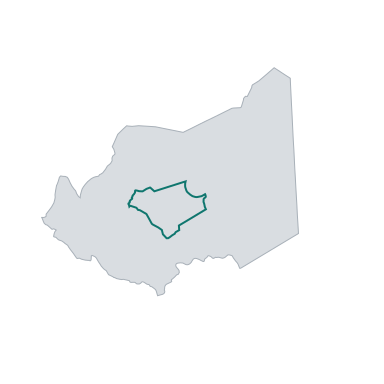 where Batha sits in Chad, rotated 59°
{"feature_id": "TCD-1472", "entity_name": "Batha", "entity_type": "Prefecture", "adm_level": 1, "iso_a3": "TCD", "parent_name": "Chad", "parent_adm1": "", "projection": "mercator", "projection_center": [18.213, 14.169], "detail": "fine", "context": "in_parent", "style": "outline", "palette": "teal", "viewbox_px": 384, "rotation_deg": 59, "n_neighbors": 0, "source": "natural_earth", "source_scale": "10m", "svg_char_len": 5495}
<svg xmlns="http://www.w3.org/2000/svg" viewBox="0 0 384 384"><g transform="rotate(59 192 192)"><path d="M282.4,122.1L282.4,130.2L282.4,138.3L282.4,146.4L282.4,154.4L282.4,162.4L282.4,170.5L282.4,178.4L282.4,186.4L282.4,189.1L282.2,190.1L282.1,190.3L281.8,190.4L277.7,189.7L275.9,189.7L273.4,190.2L269.7,190.5L267.4,190.4L265.7,191.8L264.4,193.5L265.0,197.4L264.9,198.7L264.4,200.1L263.3,201.2L262.2,202.2L261.5,203.0L260.7,204.8L260.0,205.6L260.1,206.7L259.9,207.9L259.2,208.5L257.5,208.9L256.4,209.5L255.5,210.3L254.9,210.9L255.2,211.8L255.7,212.9L255.9,214.6L256.1,215.7L256.9,216.5L257.5,217.1L257.6,217.8L257.1,218.4L255.1,219.7L254.2,220.2L253.3,220.8L252.9,221.1L251.4,222.3L250.6,223.3L250.2,224.2L250.2,225.5L251.0,227.3L251.9,228.9L252.2,230.0L252.4,231.3L252.3,232.5L251.9,233.6L251.1,234.6L248.2,236.4L246.8,238.3L245.7,240.7L245.4,242.0L245.7,242.9L246.3,243.6L247.2,244.0L248.4,244.1L250.5,243.7L252.4,243.5L254.4,244.3L255.5,246.3L255.1,247.8L255.9,250.5L256.5,253.7L256.5,254.7L256.8,255.1L258.1,255.4L258.4,256.1L257.9,261.7L258.5,263.3L259.4,264.4L260.4,265.0L261.3,265.8L261.8,266.3L263.0,266.4L264.2,267.4L264.6,268.8L264.5,270.1L263.7,272.9L263.2,274.9L262.4,274.7L260.9,274.3L259.1,273.8L256.9,273.5L254.7,274.3L252.4,275.3L251.7,276.1L251.1,276.5L250.1,276.4L249.1,276.6L248.6,277.3L247.8,278.1L244.5,279.7L243.8,280.3L243.3,280.9L243.3,281.5L243.7,282.9L243.7,284.5L242.9,285.9L242.1,286.8L241.1,287.1L240.3,287.3L239.7,287.9L238.0,290.9L237.3,291.5L235.7,291.4L231.4,295.9L230.9,297.3L229.3,299.2L227.3,301.3L225.5,302.3L225.4,302.7L224.9,303.1L223.8,303.5L219.9,306.1L215.3,306.0L213.2,307.0L211.3,307.5L208.4,308.0L207.5,307.9L203.8,308.1L199.4,308.0L197.7,308.4L196.1,309.4L195.0,310.2L194.8,310.5L195.0,310.9L194.9,311.2L198.0,313.3L198.7,314.3L198.0,315.3L197.6,315.4L197.6,315.5L197.1,316.3L195.3,318.7L192.5,321.5L191.1,322.3L190.6,322.8L189.9,324.6L189.4,324.9L187.5,325.1L183.8,325.3L178.7,325.9L175.6,326.1L173.7,326.0L171.0,327.2L170.0,327.6L169.4,327.7L166.8,328.9L164.6,330.8L163.8,331.2L160.7,332.0L159.4,333.4L158.8,333.5L156.8,331.7L155.5,330.1L154.8,328.5L154.7,328.0L154.4,328.1L153.3,328.8L152.3,329.6L151.9,331.2L148.7,332.2L145.9,333.1L144.6,334.2L142.7,334.8L140.2,334.5L138.3,334.1L136.4,333.9L137.3,332.5L137.7,331.5L137.8,330.2L137.6,329.4L136.5,328.9L135.8,328.3L134.2,324.2L132.5,320.1L130.2,316.0L127.7,313.4L125.8,311.8L125.2,311.6L124.3,311.1L123.6,310.7L120.2,307.9L116.7,304.8L115.8,303.4L114.1,301.3L112.1,299.1L111.1,298.1L110.6,296.3L112.0,294.7L113.4,292.6L115.2,291.3L117.5,291.2L121.3,291.7L125.4,291.9L129.4,291.5L130.5,291.2L131.5,291.2L133.7,291.7L137.5,291.6L139.4,290.8L137.3,289.4L135.1,287.1L132.9,284.7L131.7,282.5L130.5,279.6L129.4,276.1L128.7,271.5L128.8,268.9L129.2,267.0L130.3,264.0L129.5,262.2L129.7,260.8L129.6,258.6L129.2,257.6L127.8,254.0L127.5,253.6L126.2,251.2L125.6,247.1L124.1,244.4L121.7,243.1L120.4,241.5L119.9,238.7L119.0,238.0L115.2,237.0L112.1,237.0L109.9,233.8L107.0,229.7L104.3,225.9L102.5,218.3L101.6,213.9L102.7,212.6L104.9,209.5L107.7,203.6L114.1,194.3L117.4,189.6L123.9,182.5L131.8,173.8L136.3,168.9L137.1,159.9L137.8,150.4L138.4,143.1L139.2,134.6L139.8,127.4L140.2,122.1L140.8,114.7L141.4,113.2L144.5,107.4L144.7,106.6L144.2,105.6L139.7,100.6L138.3,99.5L137.5,96.9L138.6,95.4L133.2,87.0L131.9,86.0L131.3,84.9L131.3,83.4L131.2,77.6L129.7,68.4L127.8,57.6L134.2,54.5L139.0,52.2L145.1,49.2L150.8,52.3L159.0,56.7L167.2,61.1L175.5,65.5L183.7,69.9L191.9,74.3L200.1,78.7L208.4,83.0L216.6,87.4L224.8,91.8L233.0,96.1L241.3,100.5L249.5,104.8L257.7,109.1L265.9,113.5L274.2,117.8L282.4,122.1Z" fill="#d9dde1" stroke="#a8b0b8" stroke-width="1"/><path d="M164.8,235.8L165.9,234.2L166.0,233.9L166.0,233.6L165.9,229.5L165.9,229.3L166.5,226.1L166.5,225.8L166.6,225.6L166.8,225.5L172.0,223.9L179.6,192.0L181.2,193.5L183.3,194.8L184.4,195.3L188.0,196.1L189.4,196.1L189.9,196.0L193.3,194.9L195.0,194.1L195.8,193.7L197.7,192.0L198.6,190.9L199.1,189.9L200.4,186.2L200.5,186.0L200.6,183.8L200.6,182.0L200.6,181.9L200.8,181.9L201.0,181.9L201.2,182.2L201.3,182.3L201.5,182.3L201.8,182.2L202.0,182.2L202.8,182.4L202.9,182.5L203.0,182.6L203.2,182.8L203.3,182.9L203.4,183.0L203.5,183.4L203.7,185.0L203.8,185.2L203.9,185.4L204.1,185.7L206.4,187.2L206.7,187.3L208.0,187.5L210.1,188.2L210.8,188.5L211.7,188.7L214.0,189.0L214.0,217.9L214.0,220.5L217.9,222.5L218.1,222.6L218.0,226.5L218.1,226.9L218.3,227.3L218.9,228.3L218.9,231.2L219.3,234.4L219.3,236.3L219.2,236.5L218.6,237.4L218.5,237.6L218.4,237.6L213.8,238.6L213.7,238.7L213.9,238.9L209.0,237.4L205.0,239.2L199.8,242.3L198.8,242.7L198.5,242.8L198.3,242.8L187.8,242.4L187.5,242.4L187.2,242.5L181.0,245.9L180.5,246.3L179.7,247.3L179.5,247.5L179.3,247.5L177.3,247.7L177.0,247.8L176.7,247.9L172.2,251.8L171.9,252.3L172.2,253.2L171.9,253.1L171.7,252.9L171.1,252.8L170.9,252.8L170.8,252.7L170.7,252.6L170.4,252.6L170.2,252.7L169.8,252.7L169.6,252.6L169.4,252.6L169.1,252.3L169.1,252.2L169.1,251.6L169.1,251.4L168.9,251.1L168.7,251.0L168.7,250.9L168.6,250.6L168.5,250.4L168.4,250.4L168.0,250.2L167.9,250.2L167.5,249.7L167.4,249.5L167.0,247.3L167.0,247.0L167.0,246.9L166.8,246.7L166.7,246.6L166.3,246.6L166.2,246.6L165.9,246.5L165.9,246.4L165.7,246.2L165.4,245.8L165.3,245.4L165.2,245.3L165.1,245.2L164.9,245.1L164.7,245.0L164.6,244.9L164.5,244.7L164.3,244.1L164.0,242.9L163.9,242.8L163.2,241.3L163.1,241.2L162.6,240.8L162.2,240.5L161.6,240.1L161.5,239.9L161.5,239.7L162.0,238.9L163.5,237.4L163.8,237.2L164.1,236.9L164.8,235.8Z" fill="none" stroke="#0f766e" stroke-width="2"/></g></svg>